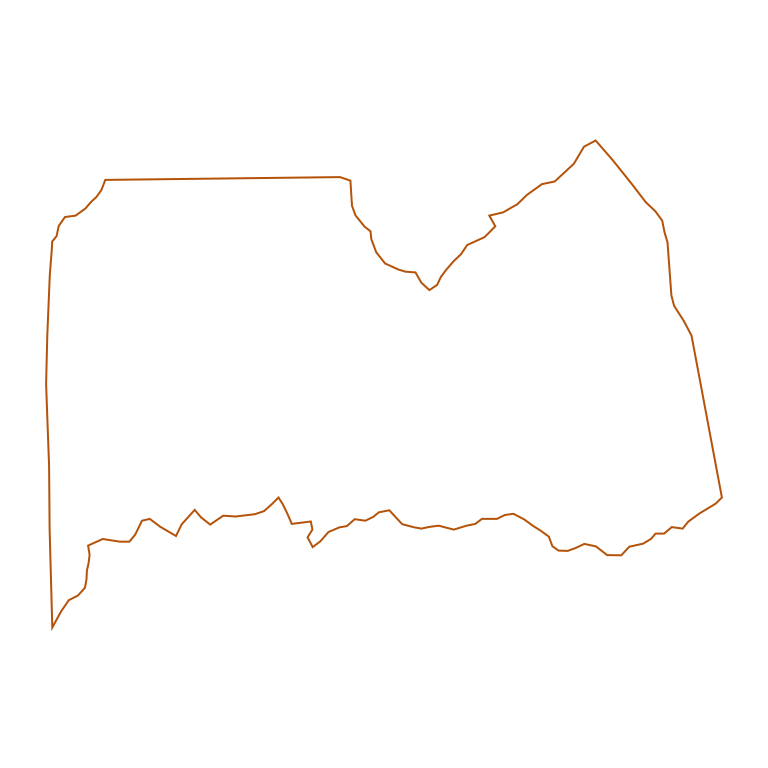 the district of Pau D'Arco do Piauí, Piauí, Brazil
{"feature_id": "56859067B17447781535160", "entity_name": "Pau D'Arco do Piauí", "entity_type": "district", "adm_level": 2, "iso_a3": "BRA", "parent_name": "Brazil", "parent_adm1": "Piauí", "projection": "albers", "projection_center": [-42.465, -5.252], "detail": "fine", "context": "isolated", "style": "outline", "palette": "amber", "viewbox_px": 768, "rotation_deg": 0, "n_neighbors": 0, "source": "geoboundaries", "source_scale": "gbopen_adm2", "svg_char_len": 1818}
<svg xmlns="http://www.w3.org/2000/svg" viewBox="0 0 768 768"><path d="M721.9,497.5L701.1,386.6L691.5,335.5L683.7,320.8L674.1,305.8L671.4,295.5L667.5,242.3L664.5,232.2L662.2,220.6L655.3,211.2L645.6,202.0L632.2,184.5L620.2,169.5L612.1,159.4L595.6,140.5L584.0,146.7L573.9,163.7L564.3,172.6L554.7,181.5L542.0,184.1L526.9,194.9L517.3,204.3L511.2,207.7L503.1,212.4L489.3,215.6L495.3,226.3L484.6,237.1L467.2,245.0L461.0,254.2L453.7,261.1L446.3,269.7L440.9,276.9L437.2,284.8L429.4,290.1L421.4,282.8L415.5,272.4L405.6,271.7L398.3,269.5L385.1,263.5L376.2,252.2L371.3,239.1L370.5,231.3L364.6,226.7L355.5,215.4L352.0,205.8L350.4,180.6L340.0,177.1L105.3,179.9L101.4,190.0L96.5,196.9L91.1,201.9L85.4,208.5L75.6,215.6L65.0,217.0L58.7,226.0L56.6,236.1L52.2,241.5L51.8,249.5L49.8,275.0L47.3,335.2L46.1,383.9L47.6,425.6L49.1,466.3L49.6,528.9L52.3,627.5L61.1,611.4L68.8,600.2L78.1,595.4L85.0,587.7L86.5,579.2L86.9,570.6L88.6,563.0L89.6,554.8L88.1,545.6L102.7,539.0L120.1,541.7L129.3,541.7L135.1,534.8L142.0,520.7L149.8,518.9L160.0,526.6L176.0,536.0L181.7,524.3L194.7,509.9L201.0,517.3L210.2,524.6L223.2,515.7L235.7,516.5L254.9,514.2L264.1,511.1L272.2,503.8L278.5,497.5L282.7,504.1L287.2,513.3L291.8,523.9L310.8,521.5L312.4,529.6L307.6,537.3L312.7,547.1L320.5,541.2L328.5,532.0L339.6,527.3L346.9,526.1L354.7,519.2L365.4,520.7L373.2,516.9L378.9,512.3L389.3,510.3L402.2,524.2L414.0,527.3L421.4,528.6L429.3,526.9L438.7,525.7L453.8,529.6L466.1,525.8L475.3,523.9L481.9,518.9L496.9,518.9L504.9,515.0L513.4,513.8L523.9,519.2L533.4,526.1L540.4,530.5L548.8,536.6L552.4,546.2L558.6,550.6L567.7,550.9L575.9,547.9L584.3,543.9L596.0,546.4L607.1,555.1L621.3,555.3L629.3,546.7L643.0,543.7L650.9,539.0L655.6,533.6L664.1,533.6L671.8,527.1L682.6,528.6L688.3,521.6L699.4,513.5L715.6,503.7L721.9,497.5Z" fill="none" stroke="#b45309" stroke-width="2"/></svg>